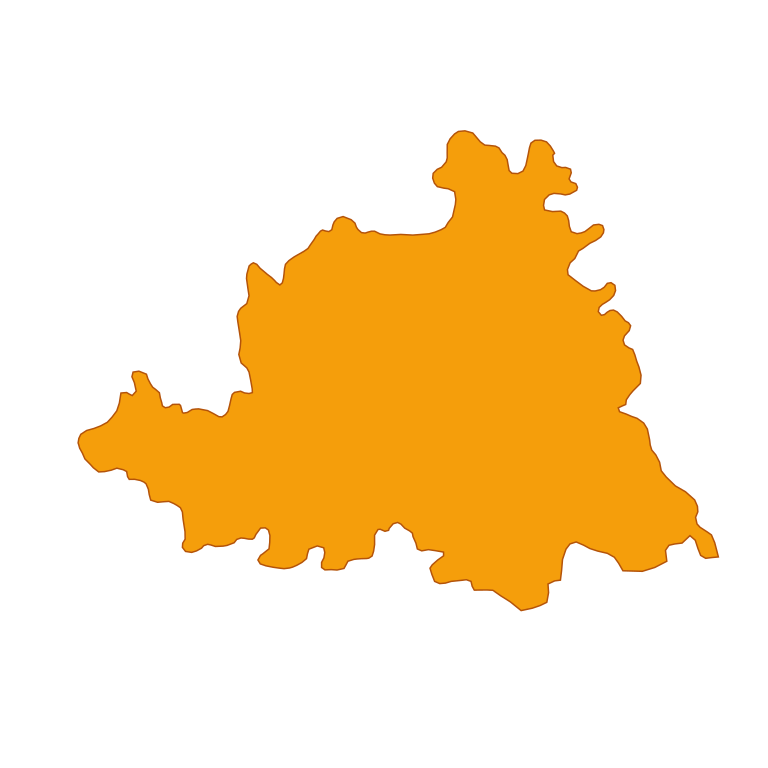 Chervyen, Minsk, Belarus (Mercator projection), rotated 353°
{"feature_id": "67162791B52884935059856", "entity_name": "Chervyen", "entity_type": "district", "adm_level": 2, "iso_a3": "BLR", "parent_name": "Belarus", "parent_adm1": "Minsk", "projection": "mercator", "projection_center": [28.408, 53.766], "detail": "fine", "context": "isolated", "style": "filled", "palette": "amber", "viewbox_px": 768, "rotation_deg": 353, "n_neighbors": 0, "source": "geoboundaries", "source_scale": "gbopen_adm2", "svg_char_len": 5629}
<svg xmlns="http://www.w3.org/2000/svg" viewBox="0 0 768 768"><g transform="rotate(353 384 384)"><path d="M694.8,596.4L694.1,590.8L692.9,581.8L690.6,573.7L687.1,570.5L680.2,564.7L677.6,561.0L677.0,554.3L679.9,549.1L680.2,543.6L678.2,536.9L670.1,527.7L660.8,520.7L652.7,510.6L648.6,503.9L648.0,495.2L645.1,487.4L641.7,482.2L640.8,477.0L640.8,471.5L639.9,460.8L637.0,454.4L631.0,448.9L625.7,446.3L620.8,443.4L614.4,440.2L613.6,436.2L618.2,434.7L621.4,433.8L622.6,429.2L626.6,424.6L630.4,421.1L638.5,414.7L640.2,406.6L639.1,398.2L637.6,392.1L636.5,385.5L635.0,380.0L631.5,378.0L627.5,374.5L626.6,369.6L628.6,365.5L633.9,360.9L635.9,356.2L634.1,353.0L631.0,350.7L628.1,345.8L624.3,340.9L620.8,338.6L617.3,338.6L614.2,340.0L611.3,342.0L608.1,342.3L605.5,338.3L606.9,334.2L610.4,331.6L614.2,329.9L618.2,327.9L622.8,324.1L625.2,319.5L625.2,314.2L621.7,311.1L617.9,311.3L614.4,314.8L610.4,316.8L604.9,317.4L601.1,316.8L593.6,311.3L586.4,304.4L580.0,298.0L580.0,292.8L583.5,286.4L588.7,282.7L593.3,275.7L597.9,273.7L605.5,269.4L611.6,267.3L617.1,264.4L620.2,260.7L621.1,257.5L620.2,253.4L616.8,251.7L611.3,251.7L606.0,254.9L602.0,257.2L598.2,258.1L593.9,258.3L588.4,255.7L587.2,250.2L587.2,244.2L586.4,239.5L584.0,236.3L580.6,234.0L572.2,233.4L564.6,230.8L564.1,226.2L565.8,220.4L571.0,216.4L575.9,215.5L582.6,216.9L586.9,218.4L591.6,218.1L598.8,215.2L600.0,212.3L598.8,208.5L594.2,206.2L592.7,203.0L595.6,197.2L595.3,193.5L590.7,191.2L586.9,190.9L582.0,188.6L579.4,183.9L579.4,177.5L581.4,175.8L580.5,173.3L578.1,168.1L574.8,163.5L569.6,161.1L563.5,160.5L559.2,162.8L557.2,167.2L555.3,173.1L553.4,178.7L551.4,184.4L547.9,189.6L542.5,191.5L536.6,190.4L534.2,187.4L533.8,180.7L533.6,176.3L531.9,171.7L529.3,168.7L526.9,163.7L523.6,161.5L517.3,160.0L513.2,159.2L509.1,155.4L506.0,150.7L502.7,145.7L495.2,142.6L488.6,142.4L484.5,144.4L479.5,148.7L476.9,152.6L476.0,153.9L474.9,162.2L474.3,167.4L472.8,171.1L467.6,175.9L463.0,177.4L458.5,180.9L457.4,185.6L458.5,190.8L461.0,194.6L467.3,196.9L471.5,198.0L477.5,201.7L477.8,209.5L476.7,214.5L474.5,220.6L472.4,226.5L467.4,231.5L463.9,236.0L459.5,237.8L453.2,239.5L447.1,240.4L439.5,240.1L430.7,239.7L418.9,237.6L408.1,236.9L403.1,236.0L398.3,234.5L393.3,231.2L390.2,230.8L386.6,231.3L383.7,231.9L380.1,231.0L377.0,227.5L375.7,224.9L374.8,220.8L371.4,216.9L363.8,212.8L357.7,213.9L354.4,216.9L352.7,219.9L351.0,224.5L347.9,226.0L344.6,225.0L341.8,223.7L339.6,224.5L336.6,227.3L334.7,228.9L332.1,232.3L327.7,237.1L325.1,240.2L320.8,242.5L314.3,245.2L310.3,246.9L304.7,249.9L300.8,253.2L299.3,257.5L298.2,262.5L297.1,266.9L295.4,271.2L292.7,273.0L289.5,270.1L288.0,267.9L285.4,264.7L281.2,260.6L278.0,257.1L275.1,254.0L272.3,249.7L269.1,247.8L266.7,248.8L264.5,250.4L261.3,258.2L260.4,262.5L260.6,274.0L260.8,279.9L257.6,287.5L254.7,289.2L251.0,291.4L248.5,294.2L246.5,299.0L246.5,304.4L246.9,315.9L247.1,323.6L245.6,330.7L243.5,337.0L244.8,345.7L249.8,351.3L251.5,355.7L252.1,363.5L252.6,372.8L252.3,376.5L248.9,377.0L244.5,375.9L240.8,373.7L234.6,374.1L232.1,375.9L230.4,380.0L228.0,386.8L225.8,392.2L223.0,395.0L219.3,396.9L216.1,396.3L211.1,392.6L208.9,391.1L205.7,388.9L197.0,386.1L193.9,385.9L190.5,385.9L188.5,386.8L185.3,388.3L181.6,388.5L180.5,387.8L180.0,384.3L179.4,380.5L178.3,379.2L171.8,378.5L167.9,380.7L164.0,380.9L161.4,378.7L161.1,375.4L160.3,370.5L160.0,365.3L156.6,361.5L154.0,359.0L152.2,355.3L150.3,350.2L149.4,345.3L142.3,341.4L136.4,341.6L134.7,346.1L136.4,352.2L137.2,360.9L132.7,364.8L129.7,362.8L127.5,361.1L122.2,360.9L121.8,360.9L119.0,370.7L115.5,378.1L110.1,383.7L104.7,388.3L97.5,391.1L90.6,392.8L83.2,393.9L76.9,397.0L74.5,400.8L73.2,405.2L73.6,407.2L74.1,410.6L76.2,415.8L78.0,421.9L82.7,428.0L85.3,431.7L90.1,436.5L96.0,436.9L102.7,436.3L108.6,435.0L114.7,437.3L117.9,439.5L118.2,444.7L119.5,447.6L124.9,448.2L130.5,450.1L133.8,452.1L135.7,454.1L137.3,459.7L137.5,465.1L138.3,470.8L144.8,473.8L151.1,474.0L156.2,474.3L160.9,477.1L163.7,479.2L166.8,481.9L168.3,486.4L168.1,493.6L168.5,506.4L167.7,513.8L164.8,517.5L164.0,521.6L166.6,526.0L172.6,527.7L177.6,526.8L182.9,524.7L185.3,522.5L189.4,521.6L192.6,522.7L196.8,524.7L204.6,525.3L208.5,525.1L215.9,523.3L218.9,520.3L223.2,519.4L226.5,520.1L230.6,521.4L234.5,522.0L236.5,520.9L238.5,517.7L243.9,512.0L248.7,512.3L251.5,514.9L252.3,520.5L251.3,527.2L249.8,533.6L242.8,537.9L240.6,539.0L237.4,543.3L239.3,547.5L244.7,550.1L251.7,552.4L256.9,553.8L262.3,555.1L267.8,555.1L271.0,554.6L275.4,553.3L280.8,551.1L285.8,547.9L287.3,543.3L289.3,538.8L298.0,536.6L304.2,539.2L304.7,544.0L303.2,549.2L300.3,553.5L299.7,558.5L302.7,561.3L309.0,561.8L314.7,562.9L321.8,562.2L324.0,559.2L326.6,555.5L332.7,554.4L335.8,554.4L340.1,554.6L345.5,555.1L347.7,555.0L351.2,553.3L353.3,548.7L355.1,542.2L356.2,532.9L360.3,527.7L362.5,527.7L367.0,530.3L370.7,529.8L371.6,527.9L376.1,523.8L380.7,523.1L383.7,525.1L387.0,529.6L391.5,532.9L394.0,535.5L394.2,539.0L396.3,545.9L397.0,551.8L401.1,554.2L407.9,553.8L414.8,555.7L422.6,558.1L422.2,561.8L415.9,565.2L409.8,569.4L407.2,572.4L408.3,578.7L410.2,586.1L415.0,588.9L420.7,589.1L426.7,588.1L436.7,588.3L441.9,588.3L446.3,590.5L446.9,595.6L448.5,599.6L454.3,600.2L461.7,601.1L466.9,602.0L474.1,608.5L482.8,615.6L492.5,625.6L503.9,624.6L512.0,622.9L519.0,620.5L521.9,611.2L522.4,602.5L529.4,600.2L535.2,600.2L537.5,590.9L539.8,579.9L544.5,570.1L549.1,565.4L555.5,564.2L562.5,568.3L568.3,572.4L575.8,575.9L585.1,579.3L591.5,584.0L595.0,590.4L598.4,598.5L617.6,601.4L630.4,599.1L643.1,594.4L643.1,583.4L647.2,578.8L653.0,578.2L660.5,578.2L669.2,571.8L673.9,577.0L675.6,585.7L677.4,592.7L682.0,596.2L687.8,596.2L694.8,596.4Z" fill="#f59e0b" stroke="#b45309" stroke-width="1.5"/></g></svg>